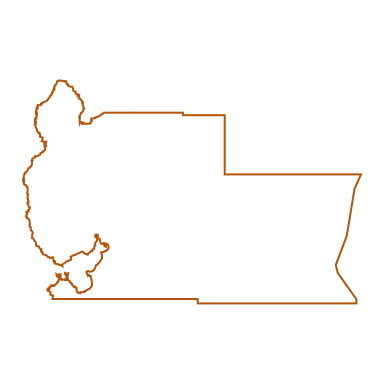 73, Ar Rayyān, Qatar (Mercator projection)
{"feature_id": "91078587B33419778787215", "entity_name": "73", "entity_type": "district", "adm_level": 2, "iso_a3": "QAT", "parent_name": "Qatar", "parent_adm1": "Ar Rayyān", "projection": "mercator", "projection_center": [50.94, 25.696], "detail": "fine", "context": "isolated", "style": "outline", "palette": "amber", "viewbox_px": 384, "rotation_deg": 0, "n_neighbors": 0, "source": "geoboundaries", "source_scale": "gbopen_adm2", "svg_char_len": 5610}
<svg xmlns="http://www.w3.org/2000/svg" viewBox="0 0 384 384"><path d="M103.7,112.7L102.6,114.0L101.6,114.1L101.1,114.5L100.8,115.2L97.3,116.9L96.0,117.0L95.7,117.8L95.2,117.7L94.0,118.4L91.2,118.5L91.3,119.8L91.8,120.3L91.8,121.1L90.7,121.6L90.8,122.8L90.2,123.0L90.2,123.5L85.1,123.9L83.8,123.3L83.8,122.8L83.6,122.8L83.3,123.8L82.3,123.9L82.1,123.8L82.2,122.5L81.8,122.0L80.3,122.3L79.8,123.3L79.6,119.5L79.9,119.0L79.6,118.4L79.8,117.9L79.3,117.9L79.1,116.7L79.9,115.9L80.8,113.2L81.5,113.1L81.9,112.1L83.1,111.3L83.6,108.5L84.1,108.5L82.3,103.7L82.8,103.7L82.8,101.9L81.8,101.4L81.7,100.6L81.0,99.6L80.5,99.6L80.3,98.8L79.0,98.6L78.6,97.8L78.6,97.0L79.1,96.5L79.1,96.0L78.8,95.5L78.0,95.5L78.5,95.0L78.0,95.0L77.7,94.2L76.2,94.0L75.3,92.2L75.5,91.7L73.4,90.9L72.8,87.9L72.2,86.6L70.4,86.7L68.4,86.0L67.8,85.6L68.1,84.5L67.3,84.5L67.1,83.8L66.6,83.8L66.1,81.2L64.5,81.5L64.5,81.0L59.2,80.6L58.2,81.2L58.2,80.7L57.4,81.0L56.8,82.0L56.3,84.0L55.4,85.3L54.9,85.3L54.5,87.1L54.0,87.6L53.6,88.9L54.4,88.9L54.4,89.4L53.9,89.4L53.8,90.2L53.3,90.7L53.1,91.7L52.6,91.7L52.6,92.5L52.1,92.5L51.6,94.8L51.1,94.8L50.9,95.5L50.1,95.8L49.7,97.1L48.5,98.3L47.3,100.6L42.2,102.9L42.2,103.4L41.7,103.3L41.0,103.7L41.1,104.7L40.7,105.2L37.9,105.0L37.8,106.2L36.9,107.3L37.7,107.3L37.8,108.0L37.2,109.3L36.4,109.6L35.9,111.6L36.8,112.1L36.9,112.9L35.9,113.1L35.9,113.9L36.4,113.9L36.4,114.6L36.9,114.8L37.1,115.2L36.3,116.9L36.4,118.5L35.4,118.2L35.0,119.7L35.0,121.0L35.9,121.3L36.2,122.3L35.2,122.6L35.2,123.8L34.7,123.8L34.7,124.3L35.7,124.1L35.5,126.4L37.1,130.2L37.1,131.0L38.2,132.7L39.0,132.7L39.2,133.4L39.7,133.5L39.6,133.8L40.1,134.5L40.0,136.8L42.5,137.6L42.7,138.9L41.8,140.9L42.3,140.9L42.5,141.5L46.3,141.7L45.6,143.7L44.3,143.7L44.6,145.2L45.8,145.4L46.2,145.7L46.1,146.2L45.3,146.4L44.6,147.0L45.2,148.3L45.2,149.6L44.8,150.3L44.3,150.3L43.3,151.9L42.5,151.6L42.0,152.6L40.5,153.1L40.4,154.1L40.0,154.7L39.2,154.8L38.2,155.8L36.7,156.3L34.9,156.2L34.9,157.5L33.2,158.1L32.4,158.7L32.0,160.0L32.4,160.5L31.6,160.8L32.0,162.1L31.8,162.6L32.0,164.6L31.3,165.6L31.1,166.4L30.1,166.9L29.9,167.7L28.1,168.4L27.3,171.0L25.6,172.3L25.6,172.8L24.6,173.0L24.6,173.5L25.1,173.5L23.7,175.8L23.8,178.9L23.0,179.1L23.3,180.7L24.1,180.7L24.1,182.2L23.5,182.2L23.9,183.0L23.9,184.0L24.8,184.9L26.1,185.2L26.2,186.0L27.4,186.8L27.2,188.0L27.7,188.6L27.7,190.3L27.2,192.9L27.5,193.1L27.6,194.7L28.1,194.7L27.7,195.7L27.6,198.7L28.1,198.7L28.0,200.5L28.5,201.3L28.5,201.8L28.0,202.3L27.9,203.3L27.4,203.3L27.5,203.8L28.4,204.3L28.5,206.1L29.1,207.4L29.9,207.4L29.5,209.2L29.1,209.7L28.4,209.9L28.4,211.2L27.9,211.2L27.6,212.2L26.9,212.0L27.1,212.8L26.6,212.8L27.0,214.3L26.7,214.5L26.6,216.1L26.1,216.1L26.1,216.8L26.7,217.1L27.0,218.1L27.4,218.5L28.4,218.7L29.5,220.1L29.5,220.9L29.3,221.2L30.0,224.0L29.5,226.0L30.8,227.3L30.6,229.0L31.2,230.6L31.7,230.7L32.8,232.6L32.8,233.1L32.3,233.9L32.1,238.2L33.2,238.5L34.6,241.0L35.6,242.0L36.5,246.1L38.8,246.4L39.2,247.6L39.8,248.5L41.1,248.9L41.1,251.2L41.6,251.2L41.6,251.7L42.1,251.7L42.1,252.7L42.6,252.7L42.7,253.7L43.4,254.4L45.9,255.1L46.9,255.8L47.7,256.9L49.2,256.9L49.9,258.1L52.5,257.3L52.5,257.8L53.0,257.8L52.9,258.3L53.4,259.3L53.4,260.9L53.7,261.2L54.8,261.1L55.0,262.9L54.5,262.9L54.8,263.5L59.8,264.7L59.8,265.2L61.1,265.3L62.4,266.2L62.2,265.2L62.6,264.2L64.1,263.5L66.9,261.2L68.4,261.0L69.4,260.2L70.7,260.0L71.1,259.6L70.7,256.8L71.7,256.4L72.5,255.6L75.3,254.9L76.8,253.8L79.1,253.1L81.8,251.6L83.2,251.9L84.1,253.3L87.7,254.7L88.0,253.7L89.4,252.8L90.7,251.3L92.2,251.2L92.5,249.4L94.0,249.1L94.5,245.6L95.3,245.6L95.1,243.5L95.4,242.5L96.9,241.0L97.2,240.2L97.0,237.9L95.3,236.9L95.5,234.6L96.3,234.5L96.8,235.3L97.8,234.9L97.8,236.4L96.8,235.8L96.3,236.1L96.5,236.9L97.8,236.8L98.0,238.2L99.7,238.9L100.2,241.5L101.1,243.8L101.8,243.9L103.9,243.0L104.4,246.1L105.9,246.8L105.9,242.8L106.3,243.8L107.9,244.5L108.6,246.6L108.3,248.9L107.4,249.9L106.9,250.0L105.9,251.0L104.4,251.3L103.4,252.1L101.1,252.4L102.0,255.5L102.0,258.3L99.7,261.9L97.5,264.4L95.8,265.4L95.6,266.7L94.6,269.0L93.0,270.8L90.5,271.7L89.7,271.7L87.7,270.9L86.4,272.0L87.0,273.3L86.9,273.8L87.5,274.1L87.7,274.6L88.7,274.8L88.4,275.6L87.9,275.6L87.9,275.9L89.2,275.7L90.2,276.2L90.7,276.1L90.6,276.9L91.6,280.2L92.1,285.0L91.1,287.1L89.7,288.6L86.7,290.2L85.9,290.4L85.7,291.1L84.9,291.0L84.1,291.4L84.1,291.9L83.4,291.8L82.4,292.3L80.6,292.2L80.3,293.2L78.3,292.9L78.3,292.4L76.8,291.7L76.4,288.9L76.5,287.8L75.5,287.6L75.3,286.8L74.0,286.8L74.0,286.3L72.5,285.5L72.0,283.8L71.5,283.8L70.7,282.5L70.2,282.5L69.7,281.2L68.2,280.2L68.3,279.7L67.6,278.7L67.5,276.6L68.2,273.3L67.4,273.6L67.4,274.9L66.9,274.5L65.9,274.3L65.4,272.8L65.1,272.8L64.9,273.6L65.4,273.6L65.7,274.9L66.2,275.0L66.5,275.6L66.3,279.7L66.2,279.9L64.9,280.1L64.6,279.9L64.6,279.4L61.9,279.9L61.6,278.9L60.3,278.7L60.1,276.1L60.6,276.1L60.6,274.3L58.6,274.5L58.1,275.0L57.3,275.0L56.5,274.4L56.8,275.9L57.3,275.9L57.3,276.4L57.8,276.5L58.1,277.2L58.7,277.4L59.2,278.9L58.8,280.7L58.3,280.7L57.8,282.2L57.3,282.2L56.9,283.3L56.5,283.8L56.0,283.8L55.3,285.0L54.3,285.3L54.3,285.8L52.7,286.1L52.7,285.6L52.2,285.9L51.7,285.8L51.7,285.3L51.2,285.3L51.5,286.3L49.5,286.8L49.5,287.6L50.0,287.6L49.5,288.4L48.9,288.4L48.9,288.9L48.4,288.9L48.4,288.4L47.7,288.6L47.3,289.6L47.7,290.3L48.2,290.4L48.2,290.9L49.0,290.8L49.2,291.4L50.6,292.2L50.3,294.7L53.0,295.5L52.8,296.5L52.2,296.2L52.9,297.0L52.5,299.0L197.7,299.0L197.7,303.4L356.4,303.4L356.4,299.2L337.8,273.0L335.8,265.0L346.8,235.7L354.5,188.9L361.0,174.4L224.7,174.4L224.7,115.2L182.9,115.2L182.9,112.7L103.7,112.7Z" fill="none" stroke="#b45309" stroke-width="2"/></svg>